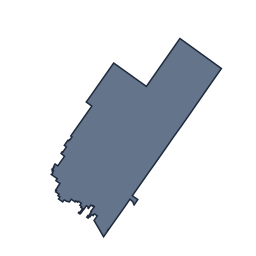 outline of East Pilbara, Western Australia, Australia, rotated 305°
{"feature_id": "25037944B14743311013482", "entity_name": "East Pilbara", "entity_type": "district", "adm_level": 2, "iso_a3": "AUS", "parent_name": "Australia", "parent_adm1": "Western Australia", "projection": "natural_earth1", "projection_center": [120.361, -21.612], "detail": "fine", "context": "isolated", "style": "filled", "palette": "slate", "viewbox_px": 256, "rotation_deg": 305, "n_neighbors": 0, "source": "geoboundaries", "source_scale": "gbopen_adm2", "svg_char_len": 2555}
<svg xmlns="http://www.w3.org/2000/svg" viewBox="0 0 256 256"><g transform="rotate(305 128 128)"><path d="M24.9,170.4L32.5,170.4L32.5,169.9L33.8,169.9L33.8,170.4L40.0,170.4L53.5,170.5L62.3,170.5L70.8,170.4L70.6,171.9L70.5,172.6L70.5,172.8L70.4,173.9L70.2,174.3L68.5,177.1L71.8,177.1L75.0,177.1L75.0,170.4L84.7,170.4L94.0,170.4L103.7,170.4L114.4,170.5L125.0,170.5L135.6,170.5L146.1,170.4L153.4,170.5L162.1,170.6L172.0,170.6L207.3,170.4L220.3,170.4L230.3,170.4L231.1,119.2L172.6,119.2L173.0,79.0L133.8,79.0L125.3,78.9L125.2,85.8L88.6,85.7L88.6,87.2L84.8,87.2L84.8,86.6L83.3,86.6L83.3,85.8L77.2,85.8L77.2,88.4L70.8,88.4L70.8,87.7L68.8,87.7L68.4,92.2L65.0,92.2L64.1,92.2L56.7,92.2L56.7,88.9L56.4,88.9L56.3,89.0L56.1,89.0L55.9,89.0L55.7,89.1L55.4,89.0L55.2,89.0L54.9,89.0L54.2,89.3L53.7,89.4L53.4,89.5L53.1,89.6L52.9,89.7L52.9,89.8L52.7,89.8L52.8,89.9L52.7,89.9L52.7,89.7L52.3,89.9L52.2,89.9L51.9,89.9L51.7,89.9L51.4,89.9L51.3,90.0L51.2,90.0L51.3,89.9L51.2,89.8L51.1,89.7L50.9,89.7L51.0,89.6L50.9,89.6L50.9,89.8L50.9,90.0L50.7,90.0L50.7,89.9L50.6,90.0L50.6,89.9L50.4,89.8L50.2,89.9L50.2,90.0L50.4,90.1L50.5,90.2L50.5,90.3L50.4,90.2L50.4,90.3L50.4,90.2L50.3,90.3L50.4,90.5L50.4,90.8L50.5,90.8L50.5,91.0L50.4,91.0L50.4,90.9L50.2,90.9L50.0,91.0L49.9,91.1L49.7,91.2L49.7,91.3L49.6,91.5L49.6,91.4L49.4,91.4L49.5,91.5L49.4,91.5L49.4,91.4L49.5,91.4L49.6,91.2L49.7,90.9L49.6,91.0L49.7,90.9L49.6,90.7L49.4,90.5L49.2,90.6L49.2,90.8L49.1,91.0L49.0,91.3L48.8,91.5L48.7,91.7L48.5,91.8L48.1,92.0L47.9,92.1L47.6,92.2L47.4,92.3L47.2,92.3L47.0,92.5L46.9,92.5L46.9,92.4L47.0,92.4L47.0,92.2L46.9,92.2L46.9,92.3L46.9,92.2L46.6,92.1L46.4,92.0L46.3,91.9L46.2,91.9L46.0,91.7L45.9,91.7L45.9,99.1L43.5,99.1L43.5,104.1L39.5,104.1L39.5,104.3L35.6,104.3L35.6,105.0L35.7,105.3L34.2,105.3L34.2,109.4L32.4,109.4L32.4,110.5L32.5,110.5L32.5,111.8L30.0,111.8L30.0,116.9L32.0,116.9L32.0,117.0L32.3,117.0L32.6,117.4L32.6,117.5L32.7,117.8L32.7,118.9L32.7,119.0L32.6,119.3L33.8,122.4L37.1,122.4L37.1,125.1L37.0,127.0L38.3,127.0L38.3,129.2L39.5,129.2L39.5,132.9L37.1,132.9L37.1,134.9L35.9,134.9L35.9,136.1L36.1,136.5L36.1,137.0L31.0,137.0L31.0,136.1L30.0,136.1L30.0,137.8L30.6,137.8L30.6,138.2L32.2,138.2L32.2,138.3L35.7,138.3L35.7,138.5L40.4,138.5L40.5,141.1L39.5,141.1L39.5,141.8L43.3,141.8L43.3,142.1L43.7,142.1L43.7,143.8L44.3,143.8L44.3,145.5L39.7,145.5L39.7,145.4L38.4,145.4L38.4,146.0L33.3,146.1L33.3,145.4L31.3,145.4L31.3,147.0L33.3,147.0L33.3,147.8L36.2,147.8L36.2,149.7L38.4,149.7L38.4,153.2L32.8,153.2L31.2,156.7L24.9,170.4Z" fill="#64748b" stroke="#1e293b" stroke-width="1.5"/></g></svg>